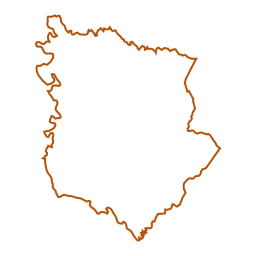 Telêmaco Borba, Paraná, Brazil
{"feature_id": "56859067B49964335466293", "entity_name": "Telêmaco Borba", "entity_type": "district", "adm_level": 2, "iso_a3": "BRA", "parent_name": "Brazil", "parent_adm1": "Paraná", "projection": "equal_earth", "projection_center": [-50.555, -24.255], "detail": "fine", "context": "isolated", "style": "outline", "palette": "amber", "viewbox_px": 256, "rotation_deg": 0, "n_neighbors": 0, "source": "geoboundaries", "source_scale": "gbopen_adm2", "svg_char_len": 4989}
<svg xmlns="http://www.w3.org/2000/svg" viewBox="0 0 256 256"><path d="M55.0,15.4L53.5,16.2L52.3,16.4L51.1,16.9L49.4,16.6L48.0,16.7L47.6,18.3L47.8,21.4L47.4,22.7L47.5,25.2L48.3,26.9L49.6,27.8L52.9,29.0L54.3,32.8L57.0,35.8L54.2,37.1L52.5,36.4L50.7,33.2L49.6,32.9L48.5,34.9L48.1,36.4L48.0,38.4L49.4,41.8L47.7,41.4L46.0,42.0L43.9,44.0L42.5,44.0L39.7,42.3L37.8,42.0L36.5,42.6L36.0,44.1L36.7,46.1L37.8,46.7L40.4,46.5L41.9,47.5L43.7,51.1L44.4,52.3L45.5,53.2L47.2,53.6L51.1,53.4L53.2,54.3L53.1,58.2L51.7,59.7L50.8,61.8L49.0,63.1L47.3,64.6L45.6,64.5L43.7,63.8L41.9,64.9L39.9,66.0L38.4,65.7L37.2,65.8L36.5,67.7L36.7,70.6L37.2,72.2L37.9,74.0L39.1,76.3L40.2,77.4L42.8,80.9L44.3,82.0L46.4,84.0L47.7,84.7L51.2,83.5L52.3,82.7L53.7,82.0L54.4,80.5L53.8,78.5L52.6,77.1L51.9,74.3L54.1,74.2L55.6,76.9L56.8,79.2L58.2,80.7L59.6,82.4L60.3,85.1L58.4,86.1L56.7,85.4L55.5,85.6L53.1,85.5L52.2,86.7L52.0,88.4L51.2,90.1L50.1,91.1L48.0,91.0L49.6,94.2L51.1,95.8L52.3,97.7L53.7,100.4L54.8,100.3L56.7,100.6L57.5,102.4L57.0,104.9L56.0,107.1L55.6,109.4L56.4,110.8L57.7,112.2L59.9,114.5L60.7,117.3L59.3,118.2L58.2,118.1L56.6,118.3L55.4,118.6L54.3,117.7L52.8,116.3L51.7,116.1L50.9,117.4L50.0,120.1L49.8,121.7L50.9,122.6L52.1,122.8L54.7,123.3L55.5,124.8L54.4,127.5L53.1,128.6L51.1,129.8L48.5,131.1L46.5,131.0L44.2,131.9L45.3,134.4L46.7,136.5L48.1,137.1L50.8,133.0L52.5,133.0L53.4,134.6L53.1,136.7L52.5,138.1L53.0,140.4L53.1,142.8L51.5,145.0L51.9,147.1L49.9,146.6L48.2,145.8L47.6,147.3L46.4,148.9L45.8,151.2L47.0,152.8L46.7,155.2L45.4,155.6L44.6,157.3L43.1,158.3L45.0,158.8L45.1,160.9L45.2,163.2L46.5,169.7L47.0,171.0L48.0,173.1L50.2,175.9L51.5,178.1L51.7,180.1L51.9,182.2L52.7,183.9L52.9,185.3L52.7,187.0L54.0,189.1L55.5,190.8L56.5,193.8L58.1,196.9L59.8,197.0L62.8,195.3L64.3,194.7L66.8,195.5L68.1,195.8L71.2,196.1L73.3,196.7L75.5,197.5L80.9,198.5L83.0,199.5L85.6,201.0L87.1,201.5L88.1,201.0L89.5,201.0L90.5,201.9L89.8,204.1L89.9,205.6L91.8,207.5L93.5,208.6L95.3,210.4L96.5,211.9L97.4,213.6L98.8,213.7L100.4,212.4L101.7,211.9L103.3,212.2L104.5,212.3L105.9,212.8L107.0,213.6L108.1,212.2L107.4,210.5L106.2,209.1L107.5,207.6L108.9,207.8L110.8,208.9L111.7,210.0L113.2,212.8L114.3,214.5L115.7,216.6L116.6,218.8L117.2,221.2L118.0,222.6L120.2,223.5L122.4,223.5L123.3,221.8L124.7,222.3L126.0,224.1L126.5,226.4L126.8,228.4L130.0,230.4L131.8,232.0L132.6,233.8L134.0,236.2L135.1,237.6L136.2,238.9L137.8,240.6L139.4,240.2L139.2,237.6L141.3,239.0L142.6,238.1L143.4,236.6L142.3,236.4L141.3,235.3L142.1,234.1L141.1,233.0L142.3,232.6L142.5,230.9L143.9,232.7L143.7,234.6L145.1,233.4L146.4,232.4L145.0,230.9L146.5,229.9L145.4,228.4L146.8,228.1L150.6,228.3L151.7,227.1L151.9,224.9L151.7,223.2L152.8,221.3L154.1,221.7L155.0,220.5L155.5,218.5L156.0,217.1L157.1,215.5L158.1,213.9L163.7,213.6L164.9,213.4L165.3,211.4L165.2,209.5L166.9,209.8L168.7,209.4L170.6,208.8L171.5,207.4L172.0,205.6L172.6,204.2L174.0,204.6L175.5,205.7L177.2,206.6L178.6,205.3L180.0,204.6L180.5,202.6L181.6,200.2L182.5,197.8L183.3,196.5L184.1,195.0L185.5,192.9L184.9,190.8L184.1,189.7L183.8,188.2L183.6,185.8L184.1,183.3L185.6,181.6L186.5,180.5L187.5,179.5L188.7,178.5L190.6,178.4L192.0,178.6L193.5,178.5L195.0,176.7L196.7,176.0L198.4,176.0L199.4,175.4L200.5,173.9L201.2,171.3L202.3,169.3L205.0,168.6L206.4,167.6L220.0,148.2L218.5,147.2L216.7,145.6L215.9,143.8L214.6,141.6L213.5,140.5L212.0,137.9L210.1,135.2L208.0,133.8L206.7,134.4L205.2,133.9L203.8,133.4L201.8,132.5L200.1,132.7L198.8,133.0L197.0,133.6L194.9,132.4L193.2,130.5L191.2,130.5L189.7,131.1L187.8,130.8L187.7,128.7L188.9,126.6L188.4,124.5L188.4,123.0L189.4,121.8L190.8,120.4L191.9,118.6L191.2,116.6L192.2,115.0L192.8,112.1L194.2,110.3L195.0,108.5L193.2,101.4L193.2,99.0L189.0,91.1L187.4,91.7L184.8,82.9L185.9,78.8L194.4,62.0L195.4,60.3L196.3,58.7L193.2,58.8L191.1,58.6L189.5,57.7L187.7,57.3L186.5,55.8L184.4,54.8L182.5,55.6L181.0,54.6L178.9,54.3L178.0,52.8L177.0,51.7L175.6,49.4L174.3,49.1L173.2,49.9L171.8,49.8L170.3,51.1L169.0,50.1L168.0,48.6L166.8,48.7L165.0,48.0L163.9,48.2L162.9,49.2L161.8,49.9L160.2,48.9L158.5,47.7L157.2,48.2L156.1,49.9L155.8,52.5L155.2,51.3L153.6,50.2L152.6,49.2L151.1,48.8L149.5,48.8L148.1,48.9L147.3,47.2L146.2,49.1L144.9,49.7L144.9,48.0L144.2,46.9L142.4,45.9L140.4,47.8L139.2,49.7L137.8,48.8L137.1,46.5L135.8,45.5L133.8,44.0L133.0,42.7L131.9,41.7L130.2,42.7L130.8,44.5L129.3,45.1L128.2,44.4L126.8,42.4L125.2,41.6L124.1,41.1L123.9,39.5L122.3,39.0L119.6,35.5L118.1,34.5L116.9,33.0L115.4,30.3L113.0,31.1L111.3,29.9L110.6,28.2L109.7,27.2L108.9,29.0L107.3,29.4L106.0,29.4L104.2,28.5L103.5,31.2L102.6,30.4L101.7,29.1L100.7,28.3L99.2,29.9L97.9,30.4L97.1,32.4L96.2,33.6L97.2,35.0L95.8,36.0L94.8,35.2L94.3,33.8L93.3,32.5L92.5,31.2L91.3,30.0L89.9,31.3L88.6,30.1L88.1,31.7L87.7,33.5L86.7,34.4L85.1,34.6L83.1,34.7L81.7,34.4L80.0,34.4L78.9,33.7L77.4,32.6L76.0,33.1L74.8,33.7L73.5,34.6L72.1,34.3L71.3,33.1L71.3,30.9L69.7,30.9L68.5,32.6L67.2,31.4L65.9,29.6L65.1,27.2L64.4,25.4L62.4,23.8L60.9,21.2L60.9,19.2L59.6,15.9L58.0,15.8L56.4,16.6L55.0,15.4Z" fill="none" stroke="#b45309" stroke-width="2"/></svg>